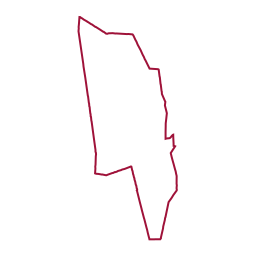 Senahú, Alta Verapaz, Guatemala, rotated 269°
{"feature_id": "79465075B39749576611846", "entity_name": "Senahú", "entity_type": "district", "adm_level": 2, "iso_a3": "GTM", "parent_name": "Guatemala", "parent_adm1": "Alta Verapaz", "projection": "orthographic", "projection_center": [-89.866, 15.422], "detail": "fine", "context": "isolated", "style": "outline", "palette": "rose", "viewbox_px": 256, "rotation_deg": 269, "n_neighbors": 0, "source": "geoboundaries", "source_scale": "gbopen_adm2", "svg_char_len": 2288}
<svg xmlns="http://www.w3.org/2000/svg" viewBox="0 0 256 256"><g transform="rotate(269 128 128)"><path d="M104.7,95.1L104.2,95.4L102.4,95.6L100.3,95.3L91.8,94.9L90.0,94.6L88.1,94.7L83.2,94.3L82.8,95.4L82.6,97.6L81.9,101.1L82.0,101.4L81.1,105.4L81.7,107.0L83.2,111.4L83.4,112.6L84.1,113.8L84.1,114.6L84.6,116.2L85.2,117.2L86.0,120.3L86.6,121.5L87.1,123.8L89.3,129.8L89.4,130.1L89.5,130.3L89.3,130.7L85.8,131.4L84.9,131.8L81.7,132.3L81.4,132.5L78.2,133.2L77.8,133.5L76.3,133.6L74.1,134.3L71.6,134.7L70.9,134.9L70.5,135.2L67.3,135.7L66.9,136.0L65.9,136.1L65.5,135.7L65.1,135.9L53.4,138.6L47.2,140.1L46.2,140.3L40.9,141.6L37.6,142.4L36.7,142.7L27.9,144.8L26.1,145.3L22.6,146.0L22.2,146.1L18.4,147.0L17.7,147.2L16.3,147.5L16.2,158.3L17.2,159.0L17.9,159.0L27.1,161.3L28.9,161.5L35.3,163.2L37.3,163.5L38.2,163.9L53.2,167.3L57.5,170.5L60.2,172.2L64.7,175.6L65.6,175.7L67.0,175.5L69.9,175.8L71.3,175.6L79.0,175.8L79.7,175.7L81.4,175.3L83.8,174.9L85.9,174.3L88.7,173.6L91.5,172.9L94.5,172.1L98.1,171.2L102.2,170.3L103.7,171.3L106.4,173.1L107.7,174.0L108.9,174.8L109.4,173.6L109.4,173.3L111.9,173.3L114.8,173.2L117.9,173.1L120.5,173.1L120.4,172.8L120.1,172.5L119.8,172.1L119.3,171.6L118.9,171.3L118.4,170.9L117.8,170.4L117.4,169.9L117.2,169.5L117.1,169.3L117.0,168.5L117.0,167.6L116.9,167.0L116.8,166.6L116.7,165.7L116.6,165.4L117.5,165.4L123.2,165.5L128.6,165.7L132.0,165.8L136.5,166.4L142.1,167.1L145.2,166.4L149.9,165.3L153.6,165.8L154.1,165.5L160.9,162.7L161.4,162.5L163.9,162.4L164.3,162.2L171.1,161.5L171.4,161.3L178.4,160.7L178.7,160.5L185.8,159.7L186.1,159.5L186.3,158.7L187.0,150.6L192.5,148.0L195.5,146.6L196.2,146.1L198.8,145.1L201.1,143.9L205.6,142.0L211.2,139.1L214.3,137.9L216.1,136.9L220.4,135.0L221.5,134.2L222.0,129.9L221.9,128.7L222.7,118.5L222.7,117.0L223.1,114.3L223.0,110.0L222.6,109.2L222.7,107.8L224.6,105.4L224.6,105.0L226.9,101.7L229.6,97.6L229.6,97.2L232.2,93.7L232.5,92.9L234.6,89.9L234.8,89.3L235.2,89.0L237.2,85.6L238.4,84.1L238.8,83.2L239.7,82.2L239.8,81.4L232.2,80.7L229.8,80.4L228.6,80.5L225.6,80.2L192.9,84.4L190.3,84.6L178.9,86.2L160.9,88.4L160.5,88.6L153.8,89.3L153.4,89.5L150.3,89.7L149.7,90.0L146.9,90.2L143.0,90.6L142.7,90.8L140.2,90.9L139.8,91.2L135.8,91.5L135.4,91.7L118.3,93.7L106.7,95.1L104.7,95.1Z" fill="none" stroke="#9f1239" stroke-width="2"/></g></svg>